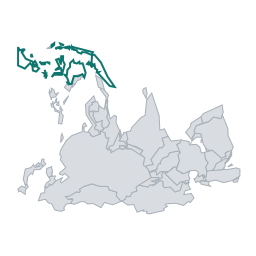 Asia, with Indonesia highlighted, rotated 179°
{"feature_id": "IDN", "entity_name": "Indonesia", "entity_type": "country or territory", "adm_level": 0, "iso_a3": "IDN", "parent_name": "Asia", "parent_adm1": "", "projection": "equal_earth", "projection_center": [119.503, -2.501], "detail": "medium", "context": "in_parent", "style": "outline", "palette": "teal", "viewbox_px": 256, "rotation_deg": 179, "n_neighbors": 45, "source": "natural_earth", "source_scale": "50m", "svg_char_len": 13008}
<svg xmlns="http://www.w3.org/2000/svg" viewBox="0 0 256 256"><g transform="rotate(179 128 128)"><path d="M135.5,55.0L132.3,56.7L130.6,60.0L127.2,59.3L125.1,63.4L120.3,64.9L121.0,69.0L119.5,70.9L109.0,68.7L107.2,70.6L103.1,70.1L97.1,75.0L93.9,73.8L93.9,69.4L92.3,67.7L86.8,68.2L82.1,63.3L77.0,64.7L74.1,73.5L71.4,71.0L68.1,72.3L68.9,69.9L66.5,65.6L72.0,64.1L73.4,60.4L65.9,61.4L63.2,56.9L67.2,52.3L68.4,53.6L74.0,49.6L81.5,51.9L91.3,51.5L92.1,50.5L89.9,49.0L93.8,46.8L93.1,45.4L94.2,44.7L108.1,41.8L110.9,42.3L110.6,44.4L114.5,44.6L114.0,45.7L120.4,43.7L123.6,51.4L129.5,50.9L135.5,55.0Z" fill="#d9dde1" stroke="#a8b0b8" stroke-width="1"/><path d="M74.1,73.5L77.0,64.7L82.1,63.3L86.8,68.2L92.3,67.7L93.9,69.4L93.9,73.8L96.4,75.0L102.4,71.1L101.0,72.9L105.5,74.5L102.7,76.3L100.5,76.1L101.1,74.3L98.5,74.9L96.3,77.8L94.8,77.7L95.2,81.2L93.6,83.7L80.1,70.0L76.2,73.4L74.1,73.5Z" fill="#d9dde1" stroke="#a8b0b8" stroke-width="1"/><path d="M203.3,211.6L205.1,208.9L208.0,208.8L203.3,211.6Z" fill="#d9dde1" stroke="#a8b0b8" stroke-width="1"/><path d="M29.5,93.5L26.7,97.2L24.8,103.4L24.8,98.9L27.9,94.1L29.5,93.5Z" fill="#d9dde1" stroke="#a8b0b8" stroke-width="1"/><path d="M31.8,91.2L28.0,94.0L31.8,90.2L31.8,91.2Z" fill="#d9dde1" stroke="#a8b0b8" stroke-width="1"/><path d="M28.2,95.8L26.2,98.5L27.6,95.5L28.2,95.8Z" fill="#d9dde1" stroke="#a8b0b8" stroke-width="1"/><path d="M28.2,95.8L35.3,93.3L35.2,96.4L30.4,98.1L31.6,100.7L26.8,104.2L24.8,103.4L28.2,95.8Z" fill="#d9dde1" stroke="#a8b0b8" stroke-width="1"/><path d="M54.8,117.4L59.6,117.7L64.9,113.4L60.9,122.1L55.0,120.8L54.8,117.4Z" fill="#d9dde1" stroke="#a8b0b8" stroke-width="1"/><path d="M53.5,116.0L53.7,114.1L55.1,112.4L55.3,114.8L53.5,116.0Z" fill="#d9dde1" stroke="#a8b0b8" stroke-width="1"/><path d="M49.5,101.9L50.8,105.9L47.5,104.4L49.5,101.9Z" fill="#d9dde1" stroke="#a8b0b8" stroke-width="1"/><path d="M35.2,96.4L35.3,93.3L40.4,90.6L42.6,85.7L46.3,83.1L49.9,83.7L51.2,87.4L48.6,91.8L51.2,95.6L52.0,102.3L43.9,104.2L35.2,96.4Z" fill="#d9dde1" stroke="#a8b0b8" stroke-width="1"/><path d="M61.4,121.6L64.8,115.6L70.5,122.6L65.7,128.3L64.9,131.8L54.7,138.2L53.3,131.7L59.8,128.9L62.0,123.5L61.4,121.6ZM65.6,111.8L64.7,112.5L65.4,111.6L65.6,111.8Z" fill="#d9dde1" stroke="#a8b0b8" stroke-width="1"/><path d="M156.4,150.6L157.4,144.9L163.7,145.9L164.7,144.0L166.9,146.9L166.6,150.2L163.1,152.4L164.0,154.1L158.2,155.0L156.4,150.6Z" fill="#d9dde1" stroke="#a8b0b8" stroke-width="1"/><path d="M162.0,144.8L157.4,144.9L156.4,150.6L151.3,147.2L149.2,158.9L155.2,167.4L153.1,168.9L146.9,161.4L150.1,151.5L147.5,142.4L149.1,139.5L146.2,133.2L148.2,129.7L152.1,127.8L154.3,130.4L153.7,135.8L158.1,133.6L161.2,136.0L162.9,141.2L162.0,144.8Z" fill="#d9dde1" stroke="#a8b0b8" stroke-width="1"/><path d="M166.5,145.0L162.0,144.8L162.9,141.2L159.7,133.8L153.7,135.8L154.3,130.4L152.1,127.8L155.6,125.7L155.4,122.6L158.4,126.8L160.9,126.9L161.6,129.3L159.7,131.0L166.4,140.2L166.5,145.0Z" fill="#d9dde1" stroke="#a8b0b8" stroke-width="1"/><path d="M152.1,127.8L148.2,129.7L146.2,133.2L149.1,139.5L147.5,142.4L150.1,151.5L147.8,157.0L148.0,148.0L145.6,137.4L141.7,140.8L139.3,139.9L139.9,133.9L136.3,124.9L142.9,111.1L147.0,109.8L147.6,106.6L150.2,108.6L147.4,118.3L149.6,117.9L151.2,120.9L150.5,123.2L154.3,123.9L152.1,127.8Z" fill="#d9dde1" stroke="#a8b0b8" stroke-width="1"/><path d="M160.0,155.4L164.0,154.1L163.1,152.4L166.6,150.2L166.9,142.2L159.7,131.0L161.6,129.3L160.9,126.9L158.4,126.8L156.5,122.2L163.0,119.8L168.3,124.7L163.3,131.5L169.6,142.0L170.2,152.1L161.6,160.7L160.0,155.4Z" fill="#d9dde1" stroke="#a8b0b8" stroke-width="1"/><path d="M212.1,70.8L210.5,74.5L206.6,77.2L208.0,80.7L201.4,81.3L202.6,78.1L200.5,76.8L202.0,75.2L205.2,72.2L207.7,73.1L207.4,71.8L210.8,69.4L212.1,70.8Z" fill="#d9dde1" stroke="#a8b0b8" stroke-width="1"/><path d="M204.2,82.2L208.3,80.1L210.5,84.6L210.0,88.9L205.1,90.7L204.2,84.8L205.6,84.3L204.2,82.2Z" fill="#d9dde1" stroke="#a8b0b8" stroke-width="1"/><path d="M136.2,54.8L144.6,51.5L152.9,53.9L156.4,48.8L164.2,53.1L169.8,52.7L172.4,54.9L176.2,55.2L182.7,52.7L186.7,53.5L185.0,58.4L189.1,57.6L192.1,59.9L180.7,65.1L177.9,64.4L176.9,65.9L177.7,67.6L175.0,69.7L164.8,72.8L157.4,70.2L149.2,70.0L147.7,66.4L140.2,64.0L140.9,60.3L136.2,54.8Z" fill="#d9dde1" stroke="#a8b0b8" stroke-width="1"/><path d="M147.6,106.6L147.0,109.8L142.9,111.1L137.1,123.4L136.4,119.1L135.4,120.8L134.4,119.4L137.1,115.4L132.2,114.6L129.8,111.5L128.9,113.3L130.2,114.7L128.4,116.7L129.5,117.4L129.4,124.3L125.5,124.9L124.2,128.5L114.7,138.4L110.7,140.3L108.8,155.8L103.7,162.5L96.7,140.0L96.2,125.2L91.7,126.5L88.0,118.9L94.0,117.1L91.9,110.2L94.5,107.4L96.8,107.6L105.5,96.1L103.4,90.9L109.6,90.0L111.8,87.9L113.4,90.9L111.9,98.1L116.1,101.6L113.6,105.2L119.5,109.0L128.8,111.6L130.5,107.1L130.5,109.7L132.2,110.7L136.8,110.4L136.4,107.9L145.5,103.5L145.5,106.3L147.6,106.6Z" fill="#d9dde1" stroke="#a8b0b8" stroke-width="1"/><path d="M136.4,119.1L136.3,127.1L134.7,121.4L132.9,121.3L132.2,123.9L129.8,123.3L128.4,116.7L130.2,114.7L128.9,113.3L129.8,111.5L132.2,114.6L137.1,115.4L134.4,119.4L135.4,120.8L136.4,119.1Z" fill="#d9dde1" stroke="#a8b0b8" stroke-width="1"/><path d="M136.4,107.9L136.8,110.4L130.5,109.7L133.1,106.6L136.4,107.9Z" fill="#d9dde1" stroke="#a8b0b8" stroke-width="1"/><path d="M129.3,107.7L128.8,111.6L127.1,111.6L113.6,105.2L117.0,101.0L124.8,106.8L129.3,107.7Z" fill="#d9dde1" stroke="#a8b0b8" stroke-width="1"/><path d="M111.8,87.9L109.6,90.0L103.4,90.9L105.5,96.1L96.8,107.6L94.5,107.4L91.9,110.2L94.0,117.1L88.0,118.9L85.0,114.2L75.1,115.1L76.4,112.0L79.5,110.7L76.1,102.5L79.2,103.9L86.9,102.4L88.8,98.7L93.7,97.1L100.9,85.3L107.5,83.7L108.9,86.9L111.8,87.9Z" fill="#d9dde1" stroke="#a8b0b8" stroke-width="1"/><path d="M87.7,83.8L96.2,83.7L100.0,80.4L101.0,84.7L104.1,82.8L107.5,83.7L99.5,86.4L99.7,88.7L97.8,91.7L95.9,91.6L96.4,93.3L93.7,97.1L88.8,98.7L86.9,102.4L79.2,103.9L76.1,102.5L78.4,100.1L77.2,94.3L80.1,87.5L83.3,88.1L87.7,83.8Z" fill="#d9dde1" stroke="#a8b0b8" stroke-width="1"/><path d="M93.6,83.7L95.2,81.2L94.8,77.7L101.1,74.3L101.3,76.0L98.0,77.8L105.8,78.0L107.3,83.0L101.0,84.7L100.0,80.4L96.2,83.7L93.6,83.7Z" fill="#d9dde1" stroke="#a8b0b8" stroke-width="1"/><path d="M102.4,71.1L107.2,70.6L109.0,68.7L119.5,70.9L105.8,78.0L98.0,77.8L98.5,76.4L105.5,74.5L101.0,72.9L102.4,71.1Z" fill="#d9dde1" stroke="#a8b0b8" stroke-width="1"/><path d="M68.1,72.3L71.4,71.0L73.1,73.6L76.2,73.4L80.1,70.0L91.6,81.6L91.2,83.2L89.9,82.4L81.8,88.4L80.1,87.5L80.4,85.4L74.3,81.5L67.2,83.6L68.4,79.2L67.0,76.6L68.1,74.5L71.6,74.3L70.6,71.5L68.1,73.9L68.1,72.3Z" fill="#d9dde1" stroke="#a8b0b8" stroke-width="1"/><path d="M52.0,102.3L51.2,95.6L48.6,91.8L51.2,87.4L49.5,81.7L50.5,78.0L53.7,79.7L58.0,77.7L58.6,82.6L61.1,84.4L66.9,84.2L73.0,81.3L80.4,85.4L77.2,94.3L78.4,100.1L76.1,102.5L79.5,110.7L76.4,112.0L75.1,115.1L67.2,113.4L66.9,110.1L59.9,110.5L56.6,107.7L55.1,101.7L52.0,102.3Z" fill="#d9dde1" stroke="#a8b0b8" stroke-width="1"/><path d="M28.8,95.0L31.8,91.2L31.5,88.1L34.3,84.5L45.3,83.5L42.6,85.7L40.4,90.6L30.7,96.0L28.8,95.0Z" fill="#d9dde1" stroke="#a8b0b8" stroke-width="1"/><path d="M54.4,79.7L50.4,76.0L51.0,74.0L54.4,74.7L54.4,79.7Z" fill="#d9dde1" stroke="#a8b0b8" stroke-width="1"/><path d="M49.9,83.7L34.3,84.5L32.3,87.0L33.0,85.0L30.4,84.6L20.3,86.2L16.8,84.9L17.0,78.0L24.6,73.7L33.3,71.7L41.2,74.3L49.7,72.8L52.0,77.3L50.5,78.0L49.9,83.7ZM19.5,72.2L23.1,71.8L24.2,73.5L18.1,76.3L19.5,72.2Z" fill="#d9dde1" stroke="#a8b0b8" stroke-width="1"/><path d="M112.6,163.7L112.2,166.7L109.4,168.1L108.3,161.8L109.4,157.3L112.6,163.7Z" fill="#d9dde1" stroke="#a8b0b8" stroke-width="1"/><path d="M171.0,133.9L169.3,130.7L173.8,128.7L172.8,132.6L171.0,133.9ZM105.8,78.0L121.0,69.0L120.3,64.9L125.1,63.4L127.2,59.3L130.6,60.0L132.3,56.7L136.2,54.8L140.9,60.3L140.2,64.0L147.7,66.4L149.2,70.0L157.4,70.2L164.8,72.8L172.8,70.5L177.7,67.6L176.9,65.9L177.9,64.4L180.7,65.1L187.9,60.8L191.9,60.7L189.1,57.6L184.5,57.4L186.7,53.5L191.2,53.0L193.7,49.0L192.8,47.3L196.2,45.9L202.5,47.2L205.8,53.8L208.9,54.5L211.9,58.2L218.9,56.7L216.1,64.3L212.4,64.7L212.1,70.8L210.8,69.4L207.4,71.8L207.7,73.1L205.2,72.2L200.5,76.8L194.5,79.4L196.6,75.6L195.6,74.3L187.9,79.7L192.0,83.7L194.1,81.9L197.0,82.9L197.3,84.3L190.9,89.4L196.3,97.6L195.1,100.3L196.7,102.5L195.9,106.7L189.9,116.6L184.3,121.4L173.9,125.1L173.1,128.0L172.0,128.2L172.0,125.1L166.3,124.0L165.7,121.3L163.0,119.8L155.4,122.6L155.6,125.7L150.5,123.2L151.2,120.9L149.6,117.9L147.4,118.3L150.2,108.6L148.8,106.5L145.5,106.3L145.5,103.5L138.0,107.6L133.1,106.6L130.5,109.2L130.5,107.1L124.8,106.8L111.9,98.1L113.4,90.9L108.9,86.9L105.8,78.0Z" fill="#d9dde1" stroke="#a8b0b8" stroke-width="1"/><path d="M195.6,114.6L195.0,121.3L194.1,123.6L192.8,119.3L195.6,114.6Z" fill="#d9dde1" stroke="#a8b0b8" stroke-width="1"/><path d="M56.9,72.1L58.9,73.8L60.9,72.2L62.9,76.0L61.3,76.2L58.6,80.8L58.0,77.7L54.4,79.7L53.7,76.9L53.7,73.6L56.4,74.0L56.9,72.1ZM53.7,79.7L52.6,79.4L52.0,77.3L53.6,77.9L53.7,79.7Z" fill="#d9dde1" stroke="#a8b0b8" stroke-width="1"/><path d="M46.6,68.3L55.8,70.6L56.7,73.8L47.7,72.9L48.5,70.2L46.6,68.3Z" fill="#d9dde1" stroke="#a8b0b8" stroke-width="1"/><path d="M195.3,150.6L193.3,147.0L195.8,148.2L195.3,150.6ZM198.9,159.5L198.8,154.3L199.6,156.0L201.2,153.3L198.9,159.5ZM204.0,157.4L206.4,164.7L205.7,167.3L204.9,164.4L203.9,165.8L204.0,169.2L201.5,167.6L200.2,162.9L196.7,164.7L200.0,160.4L204.1,159.6L204.0,157.4ZM192.0,155.2L186.7,161.4L191.6,152.9L192.0,155.2ZM197.4,133.8L196.2,144.6L200.8,146.2L201.1,149.6L198.7,146.8L194.0,146.0L194.7,144.1L192.5,141.6L194.1,133.1L197.4,133.8ZM196.8,155.5L196.6,151.5L199.2,152.3L196.8,155.5ZM204.1,150.7L204.7,153.8L203.1,153.1L202.7,156.4L201.5,149.6L204.1,150.7Z" fill="#d9dde1" stroke="#a8b0b8" stroke-width="1"/><path d="M150.9,166.7L156.9,169.4L159.5,181.4L153.5,177.2L150.9,166.7ZM188.2,173.3L184.0,172.8L181.3,181.0L172.7,182.8L171.3,181.2L170.9,179.4L174.1,179.8L174.5,177.4L177.9,176.2L180.5,172.2L182.9,172.8L185.8,165.4L190.9,169.7L188.2,173.3Z" fill="#d9dde1" stroke="#a8b0b8" stroke-width="1"/><path d="M183.1,169.6L182.9,172.8L181.4,173.7L180.5,172.2L183.1,169.6Z" fill="#d9dde1" stroke="#a8b0b8" stroke-width="1"/><path d="M233.6,78.7L231.4,88.8L225.7,90.1L223.1,93.1L221.6,90.2L213.8,92.0L215.8,93.9L214.7,98.3L212.5,98.4L212.9,96.0L210.8,93.5L216.7,88.0L222.6,87.8L224.3,83.3L225.6,84.5L229.2,81.0L230.1,73.7L232.0,73.3L233.6,78.7ZM237.2,67.1L238.4,66.1L239.2,68.8L235.2,71.8L232.1,70.2L231.4,72.8L229.4,72.8L228.9,70.4L231.5,68.5L232.0,63.4L237.2,67.1ZM216.5,93.1L219.4,90.8L221.1,92.2L217.9,95.0L216.5,93.1Z" fill="#d9dde1" stroke="#a8b0b8" stroke-width="1"/><path d="M53.3,131.7L54.7,138.2L52.4,141.1L33.5,149.4L32.5,142.2L35.0,135.6L42.2,137.4L47.2,132.8L53.3,131.7Z" fill="#d9dde1" stroke="#a8b0b8" stroke-width="1"/><path d="M24.7,103.8L30.2,102.1L31.6,100.7L30.4,98.1L35.2,96.4L43.9,104.2L49.2,104.7L53.2,110.8L55.0,120.8L61.4,121.6L62.0,123.5L59.8,128.9L47.2,132.8L42.2,137.4L35.0,135.6L33.3,139.0L28.1,125.4L28.1,118.9L23.1,107.2L24.7,103.8Z" fill="#d9dde1" stroke="#a8b0b8" stroke-width="1"/><path d="M29.1,87.4L25.1,90.2L24.2,88.9L29.1,87.4Z" fill="#d9dde1" stroke="#a8b0b8" stroke-width="1"/><path d="M170.8,179.3L172.7,182.6L176.8,180.6L181.1,180.9L183.6,173.2L186.6,172.7L188.0,174.6L186.5,174.8L188.0,179.3L190.5,182.3L188.3,181.9L187.5,187.2L184.8,190.1L184.8,193.9L181.5,196.9L180.8,194.2L178.0,193.4L175.5,195.1L175.2,193.2L172.2,193.4L169.4,184.0L170.8,179.3ZM140.6,169.3L145.5,170.3L157.0,183.4L155.9,184.4L158.3,184.2L157.8,186.7L159.8,188.0L160.4,192.4L161.9,191.8L163.3,193.8L162.7,201.5L160.3,201.8L153.9,194.0L147.6,179.8L140.6,169.3ZM236.8,192.4L236.5,210.8L234.8,207.5L232.2,208.3L232.9,205.4L229.0,199.0L222.0,195.9L221.8,193.7L219.8,196.5L217.8,192.9L221.5,192.5L221.9,191.0L218.5,191.4L215.8,189.1L218.7,186.0L222.1,187.1L222.5,191.6L224.7,194.6L230.1,189.2L236.8,192.4ZM203.4,180.3L200.6,184.2L193.1,184.3L194.1,188.9L199.9,187.2L195.5,190.4L198.7,197.5L196.0,198.5L194.0,192.6L193.6,200.9L191.7,200.9L191.9,196.5L190.1,192.8L193.2,182.3L200.9,182.6L203.4,180.3ZM163.4,201.8L168.9,204.3L172.6,204.7L173.4,203.2L177.0,204.6L178.0,206.7L180.9,207.1L180.9,208.8L181.3,209.8L161.7,204.4L163.4,201.8ZM208.9,182.6L210.9,180.6L210.0,183.0L211.4,184.4L209.3,184.2L210.4,187.6L208.3,181.8L209.6,178.8L208.9,182.6ZM213.2,193.2L215.4,196.0L213.4,194.5L209.3,194.9L209.9,193.2L213.2,193.2ZM198.5,209.4L194.8,210.3L192.3,209.6L193.9,208.4L197.5,209.5L198.8,208.0L198.5,209.4ZM186.7,208.7L190.8,209.6L185.9,210.5L186.7,208.7ZM203.0,210.3L203.0,212.4L200.3,214.2L200.4,212.2L203.0,210.3ZM163.3,189.8L164.9,192.3L164.6,193.7L161.4,190.8L163.3,189.8ZM232.4,206.8L229.6,208.8L232.0,206.0L232.4,206.8ZM190.5,212.0L193.8,212.5L194.3,213.6L190.5,212.0ZM205.5,193.8L207.9,195.3L205.4,194.7L205.5,193.8ZM182.5,207.9L182.5,210.1L181.1,208.1L182.5,207.9ZM185.1,208.3L185.5,210.2L184.0,209.9L185.1,208.3ZM167.9,192.7L166.6,194.1L166.7,192.3L167.9,192.7ZM223.6,201.2L223.5,202.9L223.0,203.0L222.5,201.2L223.6,201.2Z" fill="none" stroke="#0f766e" stroke-width="2"/></g></svg>